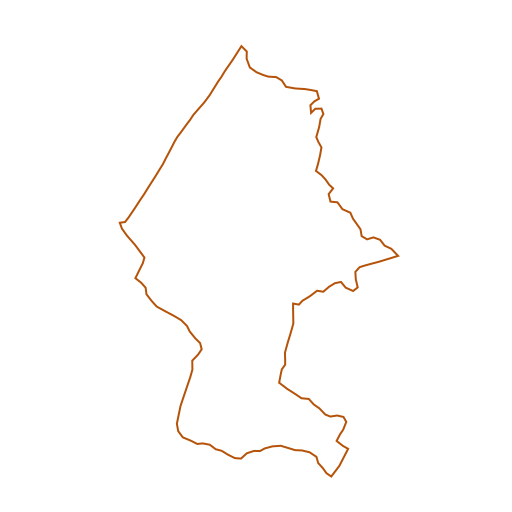 Recife, Pernambuco, Brazil (Mercator projection), rotated 190°
{"feature_id": "56859067B84901972140981", "entity_name": "Recife", "entity_type": "district", "adm_level": 2, "iso_a3": "BRA", "parent_name": "Brazil", "parent_adm1": "Pernambuco", "projection": "mercator", "projection_center": [-34.943, -8.042], "detail": "fine", "context": "isolated", "style": "outline", "palette": "amber", "viewbox_px": 512, "rotation_deg": 190, "n_neighbors": 0, "source": "geoboundaries", "source_scale": "gbopen_adm2", "svg_char_len": 2257}
<svg xmlns="http://www.w3.org/2000/svg" viewBox="0 0 512 512"><g transform="rotate(190 256 256)"><path d="M150.4,242.7L153.7,250.5L155.4,257.6L152.0,263.0L147.2,265.5L141.9,268.0L134.1,271.6L116.1,280.8L124.0,286.6L131.1,288.5L136.6,293.5L143.6,294.7L149.5,291.7L155.4,293.9L157.7,300.4L162.2,304.9L166.9,309.5L170.6,315.0L179.0,317.1L185.1,323.0L192.1,322.5L195.2,329.6L191.8,336.0L196.3,338.9L200.9,343.5L205.5,347.0L211.7,350.2L210.9,357.5L210.4,366.3L210.4,374.3L214.3,379.0L217.3,383.6L216.2,393.8L216.2,402.3L214.3,407.5L217.1,412.5L223.2,411.3L226.6,406.5L228.6,413.9L225.4,418.4L221.3,421.8L224.7,428.9L231.4,429.0L236.7,428.9L246.5,427.8L255.8,427.8L261.1,433.4L267.2,435.7L275.0,434.8L280.4,435.5L287.5,437.1L294.8,440.6L299.5,448.7L300.6,455.8L306.8,460.1L309.8,452.9L312.7,445.9L315.1,440.6L318.8,432.6L321.3,426.1L323.5,421.5L326.3,414.5L329.5,406.5L333.6,398.3L338.4,390.4L342.3,383.9L344.6,378.5L347.1,373.7L350.8,366.1L354.2,359.5L356.1,354.4L357.8,348.8L359.7,342.8L361.7,336.7L363.7,330.1L366.2,323.9L368.9,317.0L373.9,305.0L376.9,297.5L379.6,291.5L383.6,282.1L388.2,271.8L390.9,266.7L395.9,265.1L392.8,259.7L386.9,253.9L376.9,245.8L365.6,235.1L366.2,229.3L368.2,222.6L370.9,213.2L364.5,209.8L359.2,205.6L357.2,199.3L351.3,193.9L344.9,188.9L334.5,185.4L326.7,182.9L318.5,179.8L311.8,175.1L308.1,170.1L301.4,164.3L295.9,160.5L293.3,154.7L295.9,148.9L300.6,141.9L298.9,133.1L299.7,125.2L303.1,103.2L304.3,95.1L304.8,77.1L302.2,70.0L296.6,64.7L287.7,62.7L281.2,60.7L275.9,62.2L268.7,62.1L262.1,58.7L256.0,58.2L249.2,55.5L241.8,53.3L235.6,53.9L230.8,60.1L224.1,63.7L218.2,64.6L214.0,68.0L206.7,71.4L198.6,73.4L191.0,72.5L183.7,71.6L177.0,72.5L169.1,72.0L161.6,68.7L158.8,62.9L153.2,58.6L149.0,54.4L143.6,51.9L137.5,63.7L131.8,82.1L137.5,84.1L144.5,87.9L142.2,95.2L140.0,100.0L138.3,108.3L141.9,112.7L148.4,113.0L154.9,110.8L160.2,111.9L167.2,117.0L173.3,119.8L179.2,124.4L186.5,123.8L192.7,126.6L202.3,130.6L211.2,135.2L211.1,143.7L210.9,148.9L208.4,154.0L209.3,159.1L210.7,165.7L209.8,175.5L208.6,185.1L207.5,195.9L208.6,201.7L210.1,209.3L211.2,215.6L205.3,215.6L202.5,220.0L196.0,225.7L189.8,232.4L183.5,232.5L178.7,238.4L173.6,242.9L167.8,245.2L162.2,240.4L154.3,238.4L150.4,242.7Z" fill="none" stroke="#b45309" stroke-width="2"/></g></svg>